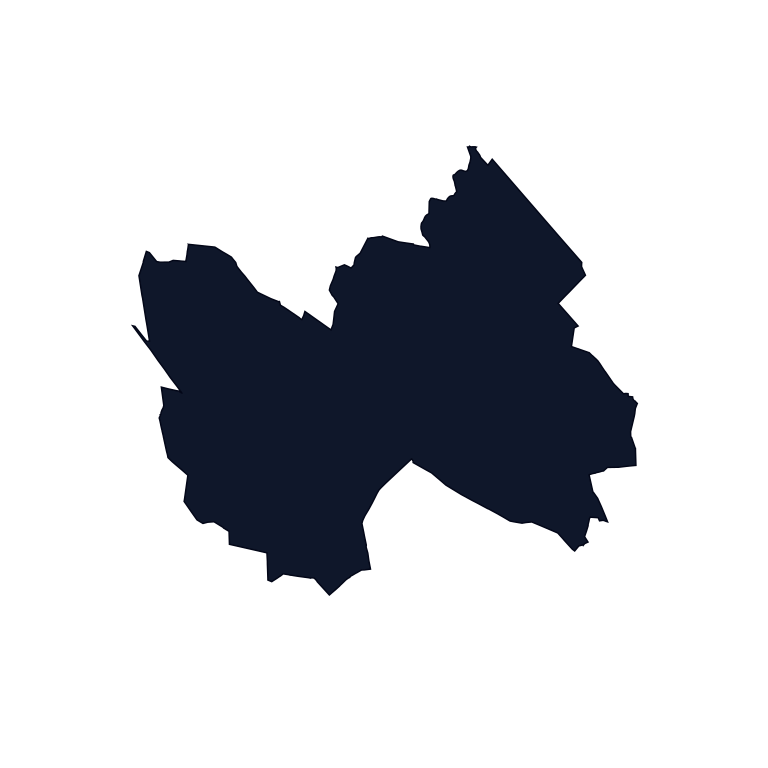 outline of Dekšāres pag., Vilanu, Latvia, rotated 53°
{"feature_id": "27541924B87900075837764", "entity_name": "Dekšāres pag.", "entity_type": "district", "adm_level": 2, "iso_a3": "LVA", "parent_name": "Latvia", "parent_adm1": "Vilanu", "projection": "natural_earth1", "projection_center": [26.82, 56.612], "detail": "fine", "context": "isolated", "style": "filled", "palette": "ink", "viewbox_px": 768, "rotation_deg": 53, "n_neighbors": 0, "source": "geoboundaries", "source_scale": "gbopen_adm2", "svg_char_len": 6086}
<svg xmlns="http://www.w3.org/2000/svg" viewBox="0 0 768 768"><g transform="rotate(53 384 384)"><path d="M269.6,162.3L271.8,169.4L261.2,170.5L259.1,169.9L257.9,169.8L256.7,169.8L255.3,169.7L253.6,169.9L252.8,169.8L251.9,169.6L250.9,169.0L250.5,168.3L250.4,167.7L249.5,168.4L248.0,170.3L247.5,171.3L246.3,172.3L245.8,172.6L245.6,172.6L245.6,172.9L245.8,173.6L245.0,174.7L254.2,177.6L255.3,178.3L256.2,179.1L258.6,181.8L260.3,184.4L261.9,186.1L262.8,187.1L263.6,188.6L263.7,189.4L263.6,190.4L263.3,190.9L262.5,191.6L261.6,192.3L260.6,192.9L259.8,193.5L259.3,194.1L258.9,194.9L258.7,196.6L258.8,198.4L259.4,201.7L259.0,202.4L258.9,202.8L259.0,203.2L260.0,204.2L261.3,204.9L262.4,205.3L264.0,205.7L264.9,206.0L265.9,206.5L267.0,207.0L268.0,207.6L269.5,208.1L272.5,209.4L273.9,210.1L274.3,210.3L274.3,211.4L274.7,212.8L275.2,213.9L275.5,214.8L275.4,215.2L274.9,216.0L274.3,217.0L274.0,217.6L273.7,218.9L274.1,221.3L274.5,222.4L275.0,223.3L275.2,224.1L275.0,224.7L273.3,226.7L269.4,229.8L268.7,230.3L267.8,230.8L267.7,231.1L267.4,231.5L266.6,232.2L266.1,232.5L265.2,233.2L264.7,233.8L264.3,234.3L264.1,234.8L264.2,235.3L265.2,237.4L265.5,238.0L274.8,245.4L275.0,246.0L274.7,248.0L274.9,249.9L275.6,251.5L276.6,253.1L277.2,254.3L277.5,254.9L277.9,256.3L278.0,256.9L278.2,257.3L278.8,258.0L280.4,259.6L282.2,260.9L282.8,261.2L286.0,262.4L288.3,263.4L288.8,263.4L289.0,263.3L289.5,263.3L290.4,263.0L291.1,262.9L296.6,262.8L298.0,262.9L298.4,263.0L300.2,263.6L301.1,264.1L301.6,264.4L302.1,264.8L302.6,265.4L296.5,271.3L295.9,272.0L290.6,276.7L289.9,276.3L284.1,282.1L279.0,287.1L264.9,296.3L265.1,297.4L263.7,299.0L262.7,300.7L260.8,304.4L259.8,305.8L259.0,307.4L258.9,308.5L257.9,309.1L265.2,324.3L265.4,327.6L265.5,329.5L265.9,330.7L268.8,334.2L269.4,334.9L270.8,336.1L271.6,340.5L267.9,342.3L265.0,343.9L263.2,350.8L261.7,352.0L263.6,352.9L263.6,353.1L264.9,354.3L267.8,358.9L269.8,361.6L273.3,367.7L276.1,371.1L277.4,371.3L282.0,372.0L284.2,371.7L292.3,372.3L296.3,379.8L301.2,384.4L305.8,388.8L308.9,393.8L278.5,403.5L279.2,404.5L281.0,406.9L283.1,410.9L282.6,411.2L282.0,411.4L281.3,411.6L279.9,411.8L279.7,411.9L263.4,417.4L258.7,419.3L255.2,417.9L254.9,418.6L247.8,423.0L237.2,428.5L235.2,429.5L234.6,429.9L232.6,429.9L228.7,429.9L217.8,430.2L214.2,430.2L208.9,430.6L203.9,430.7L201.5,430.7L197.7,429.3L193.2,429.5L191.8,429.5L191.0,429.5L190.6,429.6L186.1,431.4L181.2,433.5L173.1,436.6L172.7,436.9L154.9,456.0L155.0,456.0L155.0,456.3L158.2,459.5L159.0,460.4L159.9,461.4L160.9,462.3L161.7,463.1L161.9,463.2L164.5,466.0L165.4,466.9L166.5,468.3L166.9,468.5L165.3,470.3L164.2,471.6L162.6,473.3L158.4,478.0L157.2,482.5L152.0,489.5L149.4,491.9L137.9,492.3L135.1,494.0L141.3,502.5L141.8,502.7L150.0,514.5L167.7,524.0L170.1,525.1L189.8,535.6L192.8,537.1L208.6,545.4L207.0,547.8L199.5,548.0L188.1,548.2L186.3,549.7L206.4,549.9L216.9,549.8L229.2,550.3L240.1,550.4L250.2,550.8L261.1,550.7L269.1,550.8L269.4,550.9L269.2,551.1L266.2,552.2L265.7,552.5L265.1,553.2L258.1,559.2L252.5,563.7L268.5,572.7L269.0,573.2L270.3,575.0L271.0,576.7L272.6,579.2L273.2,579.6L273.7,580.3L273.9,581.4L274.7,581.7L275.1,582.4L275.4,583.4L276.1,584.1L277.7,584.7L281.4,586.4L283.2,587.3L286.1,588.6L286.6,588.8L287.3,589.1L287.9,589.4L288.5,589.7L292.4,591.4L294.2,592.3L294.4,592.3L295.5,592.9L306.8,598.1L310.4,599.6L312.8,600.8L318.5,599.9L323.6,598.8L329.3,597.5L333.5,596.6L338.4,595.6L338.7,595.4L340.9,597.6L351.2,607.9L356.0,612.7L357.5,614.3L360.3,614.4L370.3,614.8L380.0,615.1L386.4,612.5L388.3,607.9L391.6,602.8L392.1,602.5L401.3,598.9L402.8,598.7L408.4,596.4L419.0,603.9L443.5,583.2L448.4,579.1L455.5,583.9L457.8,585.6L469.8,594.0L470.7,594.7L474.3,592.6L474.4,590.9L474.7,587.1L474.8,585.4L474.8,584.3L475.0,582.3L475.0,582.2L474.9,582.2L475.0,580.8L474.9,578.8L477.6,576.2L478.7,575.1L480.0,574.1L481.4,572.6L482.6,571.5L486.2,568.0L493.4,560.7L494.9,559.4L495.1,558.7L495.3,558.3L495.5,558.0L497.1,556.5L501.5,556.0L501.6,556.3L519.6,554.6L519.5,553.1L519.3,550.7L519.3,550.2L519.0,545.7L518.9,544.6L518.6,541.1L518.4,540.4L518.1,537.5L517.6,533.5L517.5,532.9L517.4,530.7L517.5,530.6L517.5,529.4L517.8,527.9L517.4,526.0L517.7,524.3L518.1,520.5L518.4,518.9L519.0,513.9L520.6,511.6L523.7,506.2L516.1,502.5L509.3,498.7L503.4,496.4L502.0,495.1L493.1,490.9L490.3,489.5L483.8,486.4L482.1,485.6L480.3,483.3L479.5,481.9L477.7,478.5L474.7,471.1L472.0,465.2L470.0,461.1L467.1,455.3L465.7,452.0L465.3,450.2L465.0,448.4L464.2,442.4L462.0,422.1L461.5,417.2L460.5,407.8L460.4,407.2L460.8,406.9L462.5,407.1L462.7,406.9L463.8,407.6L463.9,407.8L464.3,408.0L477.8,402.1L483.6,399.5L496.0,396.7L502.0,395.4L518.9,388.7L530.1,383.6L535.7,380.9L545.7,376.3L545.8,376.3L546.2,375.9L554.9,371.9L561.1,369.2L569.3,365.8L572.3,363.1L577.8,357.9L578.2,357.5L580.1,353.9L583.1,349.0L583.3,348.9L591.8,343.9L607.5,334.9L615.2,334.2L617.4,334.1L629.3,333.0L632.1,332.2L630.6,325.9L632.1,322.1L632.8,322.1L632.5,321.1L632.3,320.1L632.3,319.4L633.0,316.2L630.3,316.0L626.6,315.7L623.3,310.8L620.1,306.4L618.9,305.4L616.8,302.8L615.1,301.0L614.5,299.4L619.7,293.4L623.0,294.2L624.7,291.1L625.3,290.6L626.0,290.1L627.2,289.4L628.6,288.4L623.1,286.9L612.7,284.2L604.2,282.3L604.1,282.2L597.3,282.0L596.7,282.0L596.5,282.4L580.0,274.9L579.9,274.7L580.9,271.8L581.8,269.8L582.4,268.7L582.6,267.6L582.9,267.0L583.8,265.1L584.8,262.4L585.6,260.9L585.5,260.7L585.1,255.9L585.2,255.6L591.6,246.8L596.1,239.1L598.9,234.5L600.6,231.8L586.8,222.0L586.7,222.1L575.6,218.5L575.4,218.5L574.8,218.8L570.4,215.7L560.5,203.7L558.6,201.6L555.0,198.2L554.3,197.2L552.1,193.6L552.0,193.4L550.1,193.7L549.1,193.7L549.1,194.0L547.1,194.3L546.5,194.3L546.1,194.2L545.3,194.0L543.9,193.2L540.9,196.4L538.6,194.9L537.6,196.0L537.0,196.7L536.5,197.6L536.0,198.6L523.6,200.3L521.4,200.5L507.6,199.9L507.6,200.0L501.9,199.7L497.9,199.4L494.0,199.3L487.0,200.5L486.5,200.7L482.4,201.3L482.1,201.6L481.0,202.3L466.9,211.8L453.7,198.4L454.5,194.1L424.4,196.4L422.7,185.7L422.0,180.8L419.8,167.1L418.4,157.7L416.2,157.2L411.2,156.1L409.2,155.6L408.4,155.0L407.4,154.2L405.9,152.9L369.7,155.5L269.6,162.3Z" fill="#0f172a" stroke="#020617" stroke-width="1.5"/></g></svg>